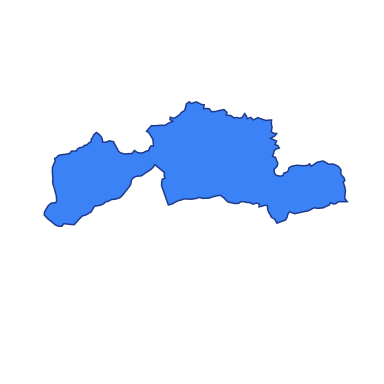 Itaperuçu, Paraná, Brazil (Mercator projection), rotated 127°
{"feature_id": "56859067B7017772888773", "entity_name": "Itaperuçu", "entity_type": "district", "adm_level": 2, "iso_a3": "BRA", "parent_name": "Brazil", "parent_adm1": "Paraná", "projection": "mercator", "projection_center": [-49.491, -25.111], "detail": "fine", "context": "isolated", "style": "filled", "palette": "blue", "viewbox_px": 384, "rotation_deg": 127, "n_neighbors": 0, "source": "geoboundaries", "source_scale": "gbopen_adm2", "svg_char_len": 3300}
<svg xmlns="http://www.w3.org/2000/svg" viewBox="0 0 384 384"><g transform="rotate(127 192 192)"><path d="M299.2,296.3L300.2,291.1L300.2,287.0L300.4,284.0L300.5,280.8L299.5,277.7L297.5,275.3L294.6,275.4L292.6,272.3L290.9,269.3L289.0,266.4L282.1,265.8L277.2,265.2L274.4,263.0L271.5,261.8L268.6,260.6L262.0,261.3L259.7,259.0L257.2,256.9L254.4,255.4L251.9,255.1L249.7,253.2L246.5,251.8L243.3,248.4L239.9,246.1L236.2,245.5L225.0,245.3L222.3,245.7L219.2,247.5L215.6,247.4L212.9,245.8L209.5,242.1L205.6,240.9L198.6,238.3L195.5,237.9L192.5,238.2L193.1,225.7L195.5,224.2L197.4,221.9L199.7,223.5L202.3,222.2L205.2,220.2L216.6,203.1L214.0,200.9L211.5,199.8L209.2,198.8L207.0,197.6L204.5,195.5L202.5,194.4L200.2,191.2L197.9,187.9L194.7,184.8L191.9,182.9L190.7,179.7L186.8,174.9L182.7,172.0L179.3,169.2L177.5,167.1L177.5,162.6L178.2,159.5L178.2,156.9L175.5,151.0L173.1,148.0L170.3,147.1L168.7,145.0L167.4,142.0L165.8,139.7L165.0,135.9L162.0,133.9L161.1,130.8L163.5,129.6L161.2,127.5L159.0,126.2L157.5,123.6L160.5,120.9L162.1,118.5L163.1,115.7L164.4,113.3L163.9,109.8L165.8,105.4L163.0,103.6L161.1,102.4L158.3,100.5L155.3,100.7L152.4,102.0L149.0,102.2L147.6,97.0L142.2,92.4L136.9,87.7L131.2,85.1L129.2,81.5L125.6,77.6L122.8,76.3L119.9,74.5L117.4,75.0L116.6,72.3L115.1,70.3L111.3,69.0L109.1,65.8L106.3,62.2L105.3,66.0L102.8,67.8L98.6,70.2L95.8,73.3L93.1,77.2L90.8,76.8L89.2,79.1L88.7,82.0L87.7,84.3L84.6,86.5L83.5,90.4L84.1,94.0L85.2,97.0L87.6,99.3L87.9,103.4L88.3,105.9L90.8,108.2L93.5,110.3L96.4,111.1L99.7,112.3L98.7,115.0L101.5,115.9L104.4,119.4L106.3,122.5L107.7,124.5L111.6,128.0L114.3,129.1L116.6,128.1L119.1,128.1L121.5,130.0L124.3,129.3L126.4,131.2L128.1,135.1L127.1,137.7L124.6,140.1L120.3,139.5L117.4,140.7L115.6,143.9L114.1,146.2L115.1,149.2L112.7,149.8L109.7,151.1L107.4,150.9L104.4,148.7L103.3,151.3L104.1,154.3L100.4,155.1L101.3,159.1L102.0,161.6L97.4,159.6L94.4,159.6L96.1,162.4L96.2,165.0L92.1,167.0L89.8,169.7L86.6,171.8L88.4,174.0L90.2,175.6L91.5,179.3L93.0,184.2L95.2,185.2L97.6,186.5L97.0,189.8L100.2,192.0L98.6,194.3L97.6,197.1L102.2,196.8L104.4,198.3L105.4,200.8L107.5,203.2L107.6,206.9L109.9,211.1L107.4,211.9L106.9,216.1L109.8,218.7L113.4,221.5L116.2,224.8L115.1,228.4L116.6,230.7L118.5,232.7L115.0,234.8L116.4,237.1L117.4,242.7L121.7,245.8L121.6,248.4L125.0,249.5L128.6,248.0L131.2,246.9L135.0,248.4L137.8,248.4L141.3,249.6L144.1,250.7L145.3,254.3L147.4,253.2L147.2,249.9L151.3,252.3L155.2,253.8L156.6,256.0L159.0,258.8L161.5,261.6L163.4,264.3L165.9,264.6L170.8,264.9L170.6,262.0L172.0,258.6L173.6,254.8L176.7,252.0L178.5,250.5L180.0,252.6L182.4,252.4L185.2,251.5L187.0,253.3L189.8,254.5L191.9,256.5L193.3,259.4L193.5,263.0L197.5,263.2L199.9,266.1L202.3,268.8L203.8,272.9L203.6,275.6L202.0,278.7L200.5,282.2L199.1,285.0L200.8,288.8L203.9,290.6L206.0,293.4L204.3,294.9L202.7,297.1L201.9,300.7L202.0,304.2L205.5,304.9L208.0,304.2L210.5,304.3L212.3,302.8L215.2,304.1L217.5,304.1L219.2,305.8L222.6,306.7L224.2,308.5L226.6,309.4L228.8,309.1L231.9,312.9L234.7,312.9L238.5,316.2L241.1,319.0L243.3,320.7L245.8,320.9L248.0,321.8L249.5,319.9L252.9,319.2L256.4,318.2L258.8,316.5L261.6,314.3L264.2,311.8L267.9,309.3L269.9,307.2L271.1,305.2L273.5,302.2L276.6,298.2L280.3,295.0L282.4,294.3L285.7,297.8L289.6,298.6L296.3,297.9L299.2,296.3Z" fill="#3b82f6" stroke="#1e3a8a" stroke-width="1.5"/></g></svg>